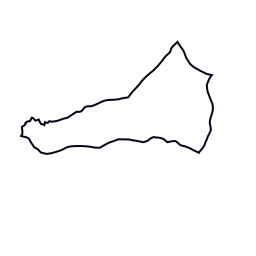 Hungrel, Paro, Bhutan, rotated 333°
{"feature_id": "84629894B37720492215641", "entity_name": "Hungrel", "entity_type": "district", "adm_level": 2, "iso_a3": "BTN", "parent_name": "Bhutan", "parent_adm1": "Paro", "projection": "robinson", "projection_center": [89.452, 27.418], "detail": "fine", "context": "isolated", "style": "outline", "palette": "ink", "viewbox_px": 256, "rotation_deg": 333, "n_neighbors": 0, "source": "geoboundaries", "source_scale": "gbopen_adm2", "svg_char_len": 2220}
<svg xmlns="http://www.w3.org/2000/svg" viewBox="0 0 256 256"><g transform="rotate(333 128 128)"><path d="M29.2,86.5L30.8,88.1L32.5,89.4L34.5,91.7L34.9,92.8L35.0,93.9L35.0,96.2L35.5,101.0L35.6,102.6L36.6,103.8L38.1,106.4L38.5,107.8L39.4,110.5L43.7,114.1L46.8,115.2L47.9,115.6L52.9,116.6L55.9,117.1L58.4,117.4L60.6,117.5L63.9,117.4L66.7,117.8L69.4,118.7L72.7,120.1L78.1,122.8L83.4,125.9L86.1,127.8L89.3,130.2L92.4,132.0L94.2,132.8L102.2,132.4L103.7,132.4L114.6,133.8L124.1,138.9L126.5,141.1L129.3,142.9L131.5,144.7L134.2,146.8L135.6,147.8L140.1,148.3L141.9,147.7L144.4,147.5L146.9,147.7L148.1,148.9L150.6,150.2L153.4,152.5L154.9,154.4L156.6,158.5L160.6,159.6L164.0,160.9L164.7,161.7L165.5,163.4L166.4,165.8L167.5,167.7L170.7,170.4L174.2,174.4L176.2,177.5L180.0,182.3L181.2,181.4L184.1,180.4L187.7,178.5L189.5,176.9L191.4,175.1L192.3,174.5L193.7,173.3L195.3,171.8L196.2,171.1L197.7,170.1L199.2,168.9L200.5,167.9L201.2,166.8L201.7,165.6L202.3,163.4L202.9,161.4L203.9,159.2L206.2,156.4L207.5,155.2L208.6,154.0L210.5,152.0L211.6,150.6L213.0,148.2L213.7,146.5L214.3,144.0L214.4,141.8L214.8,137.4L215.1,135.2L215.4,131.9L216.0,129.9L216.8,127.7L217.8,125.4L220.2,123.2L223.2,120.7L226.8,118.9L225.3,117.8L222.7,115.6L218.5,110.0L214.4,103.9L212.6,99.7L212.2,97.2L211.7,91.7L212.1,88.6L212.5,85.4L212.3,83.0L211.3,75.9L211.2,73.7L208.4,74.6L206.5,75.1L204.4,75.8L203.0,76.6L202.0,77.4L200.7,78.8L199.8,79.4L198.1,80.2L196.8,80.4L195.3,80.7L192.2,82.0L187.4,84.3L182.9,86.2L177.3,88.1L172.3,89.2L167.9,90.3L165.0,91.2L162.0,92.3L157.6,94.4L154.4,95.6L148.3,97.8L145.9,98.8L142.4,100.7L140.5,100.4L138.2,99.4L135.7,98.8L133.3,98.3L129.9,97.1L126.9,95.8L123.8,94.3L121.4,93.5L118.9,92.9L116.2,92.7L114.2,92.6L110.1,92.5L105.4,92.0L101.2,90.1L98.8,89.9L94.2,91.9L92.5,91.6L90.7,91.0L89.9,90.2L83.7,90.8L79.1,91.4L76.4,90.8L74.5,90.4L67.9,89.5L62.9,87.8L61.2,86.3L60.0,86.4L58.8,87.1L57.4,86.1L56.9,85.1L55.9,85.9L54.8,87.4L53.5,85.8L52.4,85.0L52.2,83.5L52.2,81.8L52.3,79.9L50.8,79.7L48.8,79.4L47.8,75.7L46.8,75.1L45.2,76.4L43.8,77.4L41.4,76.5L40.1,76.8L38.9,76.9L38.5,77.9L37.1,78.4L36.1,78.8L34.1,78.7L33.4,80.1L32.9,81.8L32.4,82.9L31.9,83.9L31.4,85.0L30.4,85.8L29.2,86.5Z" fill="none" stroke="#020617" stroke-width="2"/></g></svg>